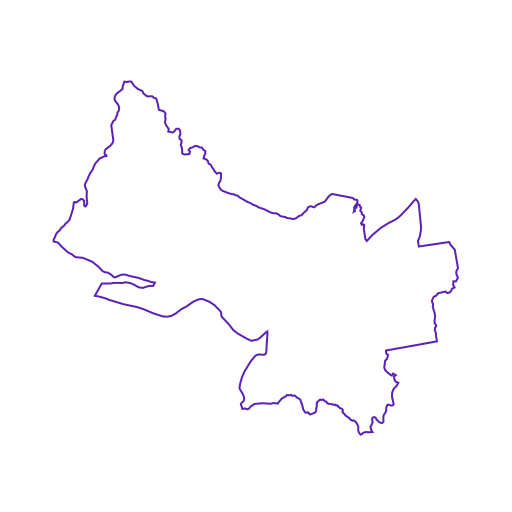 outline of Itacoatiara, Amazonas, Brazil, rotated 351°
{"feature_id": "56859067B59595183491019", "entity_name": "Itacoatiara", "entity_type": "district", "adm_level": 2, "iso_a3": "BRA", "parent_name": "Brazil", "parent_adm1": "Amazonas", "projection": "robinson", "projection_center": [-58.817, -3.136], "detail": "fine", "context": "isolated", "style": "outline", "palette": "violet", "viewbox_px": 512, "rotation_deg": 351, "n_neighbors": 0, "source": "geoboundaries", "source_scale": "gbopen_adm2", "svg_char_len": 6092}
<svg xmlns="http://www.w3.org/2000/svg" viewBox="0 0 512 512"><g transform="rotate(351 256 256)"><path d="M219.0,384.5L221.5,390.6L221.9,392.5L222.0,394.4L221.9,395.7L221.4,396.7L220.9,397.4L218.4,399.1L217.8,400.2L218.6,403.7L218.4,404.7L219.3,405.0L221.3,404.8L223.5,406.1L224.5,405.9L225.3,405.5L227.1,403.9L228.2,403.2L229.3,403.1L231.0,401.9L239.2,402.4L247.2,404.2L250.6,404.0L253.4,404.9L254.6,405.1L255.2,404.2L259.2,400.8L263.7,399.1L264.8,398.1L266.7,398.8L268.7,398.5L270.2,399.9L271.7,399.7L272.8,400.2L274.3,402.2L276.7,404.1L277.4,405.2L277.5,407.1L278.2,409.1L278.7,415.2L280.4,418.5L281.6,418.8L282.7,418.4L283.7,419.3L283.9,420.4L284.7,421.0L289.2,420.1L290.2,419.6L291.2,418.3L291.8,415.2L292.6,414.2L292.8,411.6L293.4,410.0L296.5,408.0L297.2,407.9L298.0,408.5L300.0,408.3L301.4,410.4L302.5,410.8L303.0,411.5L303.3,412.5L304.6,413.3L307.9,414.3L309.0,415.1L310.0,414.9L311.0,415.4L311.7,416.3L312.7,416.1L313.5,416.7L313.7,417.8L314.6,418.5L315.2,419.5L316.9,420.3L317.5,421.4L317.6,422.6L317.0,423.6L317.6,424.8L318.7,425.9L319.3,427.4L323.2,431.1L323.7,432.4L325.6,433.8L326.6,433.6L328.3,435.1L329.0,436.1L330.0,439.2L330.3,441.1L329.7,443.7L329.9,446.2L331.3,448.8L332.4,448.7L334.1,447.4L335.2,447.2L337.6,447.1L338.9,447.6L343.5,448.1L342.4,445.0L342.4,442.4L344.0,440.6L345.2,438.4L345.1,436.1L345.3,434.9L345.9,433.9L347.3,433.6L348.7,434.2L349.7,436.6L351.4,439.0L352.2,439.8L354.3,440.7L355.2,440.3L356.0,439.5L356.5,435.3L357.3,433.2L358.0,432.2L359.5,430.7L360.3,429.4L361.0,425.9L362.1,424.0L362.8,423.5L363.6,423.5L365.4,424.6L366.5,424.9L368.2,424.7L368.8,423.8L368.3,416.4L369.0,412.5L371.2,408.7L374.6,406.3L376.7,403.5L374.3,402.1L373.5,399.7L373.4,397.9L373.6,396.5L375.4,395.5L373.0,393.6L371.5,395.4L369.7,393.9L367.5,391.4L365.8,388.9L365.2,386.2L367.2,379.6L369.1,378.4L371.0,374.4L369.4,372.8L369.6,369.7L421.4,368.6L421.3,363.0L421.6,359.9L421.0,357.4L421.5,355.1L423.2,352.9L421.9,350.4L422.2,347.7L423.0,345.6L423.5,343.0L423.5,340.1L422.6,334.0L423.4,331.1L422.6,328.4L423.6,326.2L425.2,324.1L427.7,323.4L430.0,321.3L437.5,320.7L439.2,322.6L441.6,322.3L443.4,320.8L444.7,318.9L447.2,318.2L446.2,315.2L447.0,311.9L449.5,312.3L452.0,309.2L451.0,304.5L451.8,301.8L453.6,299.7L453.3,280.8L449.8,275.1L448.9,272.4L418.4,272.1L418.3,266.5L421.1,261.8L423.0,256.0L423.6,252.5L424.9,230.4L424.6,227.7L422.7,224.7L419.5,227.1L414.3,231.7L403.9,239.5L399.5,241.8L392.1,244.2L384.0,247.6L374.6,253.2L367.8,258.5L366.7,256.3L366.7,246.1L367.7,242.2L366.3,241.3L365.5,241.8L364.8,240.2L366.9,238.1L369.1,234.3L368.9,233.0L367.1,231.2L367.3,229.6L366.1,227.7L366.6,226.4L367.2,225.6L367.4,224.6L366.6,223.8L366.4,222.0L364.5,220.7L363.2,222.4L362.9,223.8L361.9,224.4L361.0,224.6L361.6,222.0L362.7,221.2L364.5,218.9L364.8,217.6L364.6,216.5L361.6,215.4L361.1,214.3L360.4,213.7L340.7,206.6L337.8,208.0L336.8,208.8L332.5,213.1L325.6,214.6L323.4,215.4L321.3,217.0L320.4,216.8L318.7,215.8L317.6,215.4L316.4,215.5L315.0,216.1L313.2,218.8L311.0,220.0L307.4,222.8L304.5,223.3L301.3,225.1L299.5,225.3L297.9,225.3L296.6,224.5L292.1,223.2L291.3,222.2L286.7,220.6L285.5,219.6L284.8,218.4L282.9,217.2L281.8,216.7L280.6,216.7L277.8,215.6L271.8,211.3L265.9,208.2L264.2,206.5L261.7,205.3L258.0,202.3L256.0,201.3L255.2,200.5L248.9,195.5L247.1,193.4L245.0,192.6L243.9,191.6L242.4,191.3L238.2,189.4L233.5,186.6L231.8,185.2L230.6,182.6L229.9,180.2L230.9,178.1L232.4,176.4L233.4,174.1L234.4,168.9L232.5,168.0L230.3,168.6L228.6,166.3L227.6,163.5L226.4,161.3L225.7,159.0L223.7,157.4L223.3,154.5L221.7,152.6L219.5,151.5L220.5,148.9L222.0,146.9L222.4,144.5L220.6,142.8L219.4,140.4L217.3,139.9L215.5,138.4L213.1,137.7L210.5,138.8L207.7,139.2L206.0,140.8L207.2,142.7L206.0,144.9L201.2,144.5L199.2,143.3L199.8,137.6L199.0,134.5L200.2,132.3L200.6,129.9L198.9,128.5L199.0,125.8L200.5,123.6L200.6,120.4L199.6,118.2L197.1,117.9L195.1,119.8L193.0,121.0L188.8,119.3L189.7,117.1L187.4,112.0L187.0,109.4L188.1,106.9L188.1,104.0L188.9,101.0L187.7,98.7L182.9,96.4L182.8,90.4L182.1,84.9L179.9,83.8L178.5,82.0L173.5,81.3L171.7,79.5L170.2,77.7L169.6,75.3L165.4,72.5L162.2,68.9L160.1,64.2L158.0,63.8L155.4,63.9L153.3,63.2L151.0,67.4L150.4,70.1L146.6,72.3L144.3,73.4L142.3,75.2L140.9,77.8L141.0,80.4L143.5,84.9L144.1,88.2L143.2,91.0L141.6,92.6L141.0,95.0L139.4,97.0L138.3,99.3L136.1,100.5L134.7,102.6L134.1,103.1L133.5,104.2L133.2,119.4L132.3,121.5L131.1,122.9L129.1,124.4L124.2,127.1L123.1,128.5L122.5,130.8L122.8,132.3L124.0,133.0L123.9,134.0L123.1,133.7L119.9,134.3L116.3,135.5L115.0,136.9L111.9,139.3L109.5,142.7L107.9,145.5L105.3,148.1L102.7,151.8L102.2,153.0L98.6,157.8L98.1,158.9L98.0,160.3L99.1,165.6L98.1,170.1L97.7,174.6L97.7,176.7L97.4,177.9L96.3,179.6L95.4,180.4L94.1,179.2L94.7,177.1L94.6,175.3L94.9,174.4L93.2,172.5L92.2,172.3L86.6,175.1L85.5,174.3L84.5,174.5L82.6,180.9L77.6,190.9L74.8,193.2L72.9,194.2L72.0,195.3L70.3,196.6L68.5,197.5L67.1,198.7L66.5,199.6L64.8,200.9L63.9,201.2L62.1,203.0L59.8,206.8L58.9,207.7L58.4,210.0L62.6,211.8L65.8,216.7L70.9,223.0L74.1,225.3L77.5,228.9L84.7,230.7L93.3,236.0L98.7,242.0L102.2,247.0L104.5,248.5L107.3,249.4L109.9,251.6L112.4,254.8L114.6,255.0L116.8,254.1L121.0,253.4L124.1,254.0L128.2,256.0L136.4,259.2L142.8,262.7L144.5,263.2L148.5,265.3L152.0,266.5L149.8,269.4L146.1,268.9L142.6,269.2L139.2,269.8L135.3,268.6L129.6,264.2L127.4,263.0L123.3,261.6L119.6,261.7L110.8,260.3L108.2,260.4L99.3,259.1L90.6,270.1L95.4,271.8L100.7,274.3L104.2,276.4L117.9,283.0L130.7,287.9L136.3,290.8L145.7,296.6L149.3,298.5L154.4,301.0L158.2,302.0L162.6,302.0L165.1,301.2L168.0,300.1L173.5,297.0L179.4,295.0L186.9,291.3L190.6,290.3L193.3,289.8L196.4,290.1L203.0,294.0L207.4,298.2L212.0,304.6L212.5,305.8L212.7,306.9L212.4,309.7L212.8,310.9L218.5,319.2L222.0,325.6L225.9,329.8L233.5,335.8L237.5,338.7L238.6,339.0L244.2,338.8L247.3,337.3L254.4,332.7L255.4,332.3L255.1,334.8L252.1,347.7L251.5,351.1L250.8,353.4L250.0,354.2L249.1,354.7L248.0,354.7L243.3,353.7L240.9,353.9L239.3,354.8L234.1,359.4L226.1,368.9L223.4,373.2L220.7,378.8L219.2,383.2L219.0,384.5ZM360.3,225.3L360.9,226.9L359.6,227.5L360.1,226.4L360.3,225.3Z" fill="none" stroke="#5b21b6" stroke-width="2"/></g></svg>